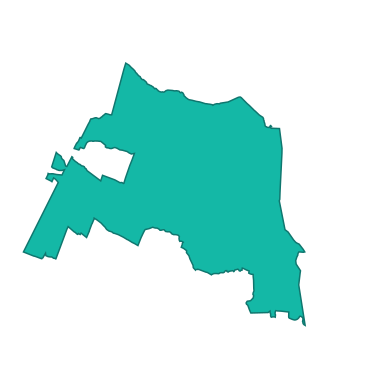 the district of Garoafa, Vrancea, Romania, rotated 16°
{"feature_id": "2599482B42581199189743", "entity_name": "Garoafa", "entity_type": "district", "adm_level": 2, "iso_a3": "ROU", "parent_name": "Romania", "parent_adm1": "Vrancea", "projection": "orthographic", "projection_center": [27.251, 45.799], "detail": "fine", "context": "isolated", "style": "filled", "palette": "teal", "viewbox_px": 384, "rotation_deg": 16, "n_neighbors": 0, "source": "geoboundaries", "source_scale": "gbopen_adm2", "svg_char_len": 5910}
<svg xmlns="http://www.w3.org/2000/svg" viewBox="0 0 384 384"><g transform="rotate(16 192 192)"><path d="M79.6,293.8L82.0,262.3L82.5,259.4L89.7,262.8L91.1,263.1L92.3,263.8L93.6,264.3L93.9,264.2L94.2,263.2L96.2,263.7L96.7,262.1L103.2,264.8L104.1,257.8L104.0,257.0L104.5,250.6L104.8,249.4L105.1,246.1L105.4,245.1L105.1,244.1L105.4,244.1L106.4,244.6L107.1,244.6L109.6,245.5L113.2,246.9L116.5,248.9L117.9,249.6L120.2,251.5L122.9,252.4L125.8,252.4L127.2,253.0L128.0,253.2L129.0,253.1L132.9,253.3L138.6,254.4L142.9,255.6L143.6,255.6L148.5,257.0L151.0,257.4L154.8,258.4L155.6,250.1L156.4,245.1L157.1,241.5L157.5,240.9L160.9,239.0L163.9,236.7L165.7,236.8L166.9,236.7L168.1,236.4L169.0,236.4L171.0,237.0L171.8,237.6L172.8,237.3L174.7,236.2L175.7,236.0L177.4,237.2L179.5,237.0L181.4,236.4L183.1,236.9L183.5,237.5L184.6,237.9L186.4,238.0L187.4,237.6L189.6,237.3L190.7,237.4L191.5,237.9L192.2,238.5L192.2,239.7L192.5,240.7L193.2,242.1L193.9,242.8L194.5,242.4L195.7,242.2L197.4,242.7L197.0,243.5L196.9,244.1L197.1,245.2L196.9,248.1L199.4,248.5L203.0,249.9L203.4,251.8L206.6,254.1L208.5,256.9L213.2,262.2L214.1,264.4L216.8,266.1L216.9,265.6L217.1,265.5L218.3,265.1L218.4,264.8L218.7,264.7L220.3,264.6L227.4,265.2L228.9,265.1L233.5,266.3L233.8,265.8L235.5,264.4L237.6,263.7L240.1,263.2L240.3,263.1L241.0,262.2L241.6,261.8L242.9,261.3L244.1,261.1L245.0,260.4L245.8,258.6L245.9,258.4L247.1,258.0L247.4,258.7L248.2,259.0L249.1,258.8L249.2,258.3L250.5,257.5L252.9,256.4L253.5,256.5L253.9,257.0L254.3,256.8L254.7,255.1L254.9,254.8L255.4,254.8L257.2,253.6L258.0,253.7L259.3,254.8L260.3,254.6L260.5,253.8L261.6,253.4L261.3,251.3L262.2,251.3L266.2,252.0L268.7,252.2L268.9,254.3L270.1,254.6L271.6,254.7L273.5,254.4L274.2,256.6L275.5,259.8L278.0,267.8L278.8,269.8L278.6,272.2L278.8,273.6L279.6,274.2L280.0,275.9L279.9,277.2L278.4,280.1L277.8,280.6L275.3,281.7L275.1,281.9L274.6,283.8L274.9,284.1L275.3,284.8L276.7,285.4L277.3,286.1L279.6,289.3L281.9,292.1L298.4,286.9L299.8,285.0L300.6,286.9L301.2,287.5L301.7,289.4L302.2,290.1L302.7,290.5L304.0,289.8L305.6,289.3L306.5,289.4L306.3,288.1L306.1,287.1L305.4,286.1L305.1,284.7L305.1,283.6L305.3,282.9L306.8,282.8L310.3,282.0L318.1,280.7L319.3,285.2L319.6,285.9L320.2,286.4L323.5,286.8L325.2,286.8L326.1,286.7L326.9,286.3L327.8,285.7L328.5,285.0L329.3,283.6L329.8,281.9L330.2,281.6L331.1,281.6L332.6,282.1L333.5,283.0L333.7,283.5L334.0,286.1L334.4,286.5L334.9,287.6L335.2,288.0L336.3,288.7L337.5,289.0L320.2,251.9L318.3,240.2L318.0,237.8L312.0,232.6L310.6,229.4L310.7,225.6L311.1,223.6L310.8,221.9L311.3,220.1L315.8,219.2L316.9,218.5L314.7,216.5L309.4,212.6L307.0,212.2L305.9,211.9L305.1,211.5L302.9,210.1L295.4,204.0L291.8,202.6L278.3,176.4L278.4,174.9L276.2,166.0L267.8,130.1L266.5,125.2L258.6,106.9L252.0,108.5L251.3,108.8L250.5,108.9L249.9,108.6L249.6,108.3L249.7,107.5L250.3,107.2L249.3,106.4L249.1,106.5L248.9,107.4L248.6,108.5L248.3,108.8L247.6,108.8L247.0,109.0L246.2,109.1L245.7,108.8L244.7,108.7L244.0,108.2L243.5,107.0L242.9,105.8L242.0,104.7L241.6,103.6L240.9,102.9L240.6,101.9L240.2,101.4L239.5,100.7L235.6,99.5L234.8,99.1L230.6,96.9L229.4,96.4L223.4,93.1L220.6,91.8L213.5,87.8L212.4,87.4L211.3,87.7L210.2,88.4L201.9,95.5L194.6,98.9L194.3,99.6L194.1,99.7L191.7,100.2L191.1,100.5L189.6,101.4L189.0,101.9L188.2,102.9L187.5,102.5L187.1,102.5L184.8,102.7L183.7,102.9L181.4,103.2L180.5,103.4L174.5,103.3L171.0,103.7L166.8,103.8L163.8,104.1L162.7,103.9L160.3,103.0L158.6,102.0L158.0,101.9L157.3,100.6L155.6,99.1L154.3,99.0L153.8,99.7L153.5,99.7L152.8,99.5L152.2,98.9L151.4,98.7L149.3,98.9L147.4,99.6L145.1,99.8L140.7,100.7L139.1,101.7L138.4,102.7L137.6,103.6L137.0,103.9L136.3,103.8L135.5,104.2L134.4,104.5L132.6,104.3L131.7,104.1L131.3,103.7L130.3,103.3L129.1,102.5L128.3,102.5L127.7,103.0L125.4,101.6L124.7,101.5L123.3,101.0L122.2,101.0L120.6,100.6L119.3,100.6L118.4,99.8L118.1,99.2L117.3,98.7L116.7,98.5L116.1,98.1L114.4,97.4L113.9,97.4L113.6,97.6L113.0,97.6L112.5,97.3L112.0,96.9L111.2,96.5L110.9,96.0L110.3,95.4L109.1,95.1L108.1,94.6L107.4,94.1L106.9,93.9L106.4,93.3L105.0,92.7L103.4,91.1L102.5,90.7L102.0,90.3L101.7,90.2L100.4,89.5L99.7,89.3L98.1,88.3L96.5,87.4L92.8,86.4L92.7,92.5L93.5,139.8L93.2,139.8L93.1,140.1L92.4,140.3L91.9,140.4L90.2,140.3L87.5,140.4L87.2,140.6L86.8,141.2L86.1,142.3L85.5,143.0L84.6,144.7L84.2,144.9L83.5,146.2L82.5,146.9L81.9,147.2L79.4,147.0L78.4,147.4L75.6,149.3L74.8,149.5L74.6,149.7L74.3,151.1L74.2,152.7L74.0,153.4L73.7,154.9L73.6,155.1L70.7,170.7L70.3,170.7L69.4,170.4L69.3,170.5L69.2,171.6L69.0,173.1L69.0,173.8L68.1,176.5L67.7,176.7L67.0,180.3L66.7,182.2L66.7,182.7L71.3,182.8L71.4,182.3L71.9,182.4L72.2,180.5L72.5,179.9L75.5,180.1L76.0,180.0L76.5,179.0L76.6,177.3L76.8,176.1L77.2,173.9L77.9,172.6L79.5,171.3L81.8,170.5L82.6,170.6L83.9,170.1L84.0,169.9L87.0,169.1L90.5,168.5L96.1,171.0L96.3,172.5L97.8,173.0L98.6,172.9L98.7,172.7L98.9,172.6L100.7,172.8L101.6,172.7L102.4,172.5L103.1,172.1L105.0,170.7L105.8,170.5L107.0,170.5L108.3,170.7L111.0,171.4L113.6,171.0L118.6,171.0L120.5,171.7L123.2,172.2L126.0,170.8L125.5,178.0L124.9,183.8L124.2,196.5L124.1,202.2L124.1,202.5L123.8,202.7L121.9,202.2L120.2,202.9L114.5,201.6L101.4,200.6L101.2,206.5L85.2,200.4L83.8,198.9L82.5,198.5L81.5,197.4L79.9,197.1L78.8,197.3L76.8,196.4L75.0,196.2L73.7,195.5L71.6,194.8L70.5,194.3L67.8,192.9L67.8,191.6L66.8,191.2L64.7,202.0L63.4,201.9L60.1,197.0L58.5,196.3L57.3,195.5L56.8,194.4L56.4,193.9L55.5,193.4L53.2,192.7L51.4,191.9L50.6,191.4L50.2,206.5L51.4,207.2L54.8,207.5L55.8,207.8L56.9,207.8L57.5,207.9L58.4,207.9L61.1,207.1L63.3,205.7L62.3,211.5L57.1,212.5L53.2,212.8L49.4,214.0L48.6,213.8L48.6,214.6L48.8,214.8L48.0,219.3L53.9,220.4L54.2,220.6L54.5,220.7L55.1,216.6L57.3,217.4L59.3,218.6L60.8,219.8L46.5,296.1L57.5,297.2L58.9,297.1L65.7,297.6L66.0,297.5L66.0,297.1L66.7,296.5L66.9,295.9L68.1,291.3L68.9,293.2L69.2,293.5L71.4,293.8L73.7,293.5L74.9,293.1L77.2,293.8L78.9,293.6L79.3,293.9L79.6,293.8Z" fill="#14b8a6" stroke="#0f766e" stroke-width="1.5"/></g></svg>